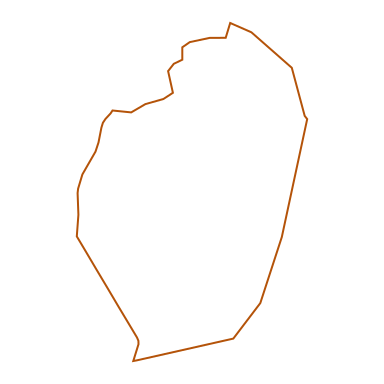 the border of Al Dhahira
{"feature_id": "OMN-2414", "entity_name": "Al Dhahira", "entity_type": "Region", "adm_level": 1, "iso_a3": "OMN", "parent_name": "Oman", "parent_adm1": "", "projection": "albers", "projection_center": [55.739, 23.003], "detail": "fine", "context": "isolated", "style": "outline", "palette": "amber", "viewbox_px": 384, "rotation_deg": 0, "n_neighbors": 0, "source": "natural_earth", "source_scale": "10m", "svg_char_len": 609}
<svg xmlns="http://www.w3.org/2000/svg" viewBox="0 0 384 384"><path d="M76.8,236.4L78.4,214.8L77.6,193.1L78.1,188.7L82.4,174.4L95.5,151.6L98.5,142.5L101.4,127.7L102.9,122.8L105.5,118.9L110.6,113.4L112.5,110.5L131.2,112.4L145.4,104.1L163.4,99.0L172.9,92.8L168.1,71.1L173.8,63.8L182.3,59.7L182.3,47.3L189.8,42.1L209.6,37.9L225.7,37.8L230.2,23.0L251.4,32.3L291.8,67.8L304.7,115.9L307.2,119.1L281.8,237.1L260.3,303.1L233.3,338.6L136.6,360.4L133.3,361.0L138.5,344.2L138.4,340.8L137.0,337.5L129.7,325.3L118.6,306.8L107.6,288.2L96.5,269.6L85.5,251.0L76.8,236.4Z" fill="none" stroke="#b45309" stroke-width="2"/></svg>